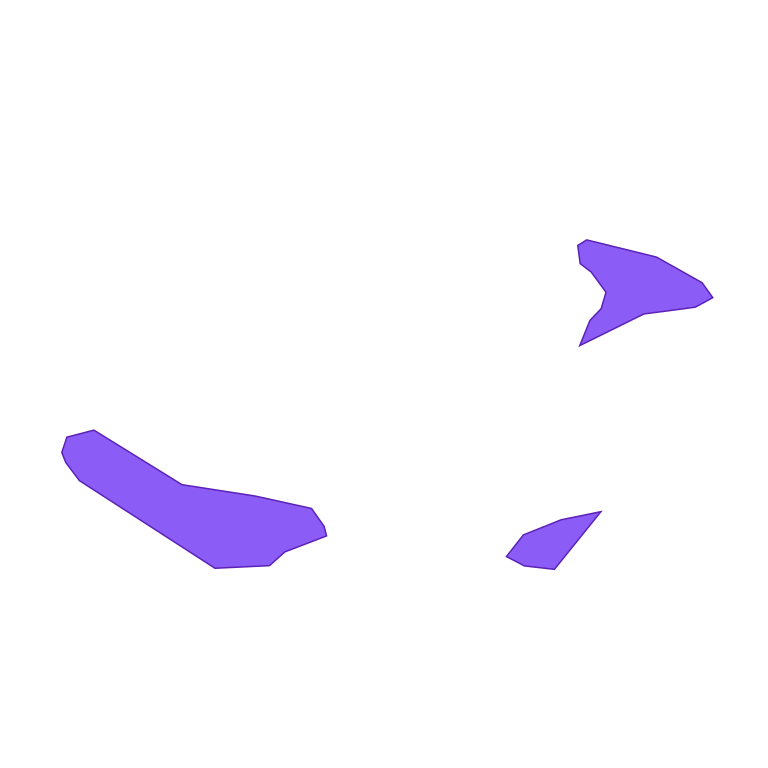 outline of Comoros, rotated 299°
{"feature_id": "COM", "entity_name": "Comoros", "entity_type": "country or territory", "adm_level": 0, "iso_a3": "COM", "parent_name": "Africa", "parent_adm1": "", "projection": "equal_earth", "projection_center": [43.859, -11.868], "detail": "fine", "context": "isolated", "style": "filled", "palette": "violet", "viewbox_px": 768, "rotation_deg": 299, "n_neighbors": 0, "source": "natural_earth", "source_scale": "50m", "svg_char_len": 593}
<svg xmlns="http://www.w3.org/2000/svg" viewBox="0 0 768 768"><g transform="rotate(299 384 384)"><path d="M230.4,400.7L223.3,407.4L189.1,378.7L169.6,371.9L140.9,325.5L151.8,164.5L161.0,143.8L167.9,135.4L183.8,132.4L203.0,152.6L198.0,256.1L223.6,325.8L240.0,381.0L230.4,400.7ZM608.3,491.4L627.1,560.8L626.8,613.1L618.9,629.7L602.1,619.0L571.2,577.3L512.5,536.6L539.4,533.3L555.2,537.4L571.9,533.7L582.4,510.8L584.4,497.2L599.1,486.3L608.3,491.4ZM351.2,604.8L377.5,635.6L304.5,622.9L293.0,595.1L292.4,574.7L319.7,579.1L351.2,604.8Z" fill="#8b5cf6" stroke="#5b21b6" stroke-width="1.5"/></g></svg>